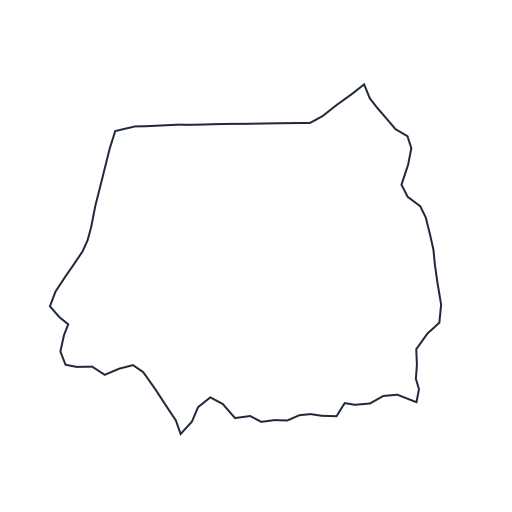 Belford Roxo, Rio de Janeiro, Brazil, rotated 191°
{"feature_id": "56859067B85088226516355", "entity_name": "Belford Roxo", "entity_type": "district", "adm_level": 2, "iso_a3": "BRA", "parent_name": "Brazil", "parent_adm1": "Rio de Janeiro", "projection": "robinson", "projection_center": [-43.378, -22.731], "detail": "fine", "context": "isolated", "style": "outline", "palette": "slate", "viewbox_px": 512, "rotation_deg": 191, "n_neighbors": 0, "source": "geoboundaries", "source_scale": "gbopen_adm2", "svg_char_len": 1163}
<svg xmlns="http://www.w3.org/2000/svg" viewBox="0 0 512 512"><g transform="rotate(191 256 256)"><path d="M418.0,351.8L420.1,333.8L421.8,301.3L423.3,274.5L423.3,253.8L424.3,239.4L427.1,227.5L433.2,213.1L439.0,199.9L446.0,182.9L448.7,167.3L437.4,158.5L427.3,153.1L429.4,141.7L429.8,124.9L422.2,112.9L411.1,112.9L395.7,116.1L381.8,110.5L368.8,119.3L355.9,125.4L344.6,120.5L329.0,105.6L313.7,89.8L303.3,79.3L296.0,66.9L287.3,81.2L284.0,96.6L273.9,108.5L260.4,104.4L245.7,92.9L231.2,97.8L219.2,94.2L206.3,98.5L193.9,100.5L183.0,108.0L172.3,111.2L160.9,111.7L146.4,114.1L140.9,128.5L130.6,128.8L116.1,132.9L104.3,142.9L90.8,146.8L70.6,143.1L70.6,156.3L75.7,166.1L77.2,179.5L80.9,195.1L72.9,212.6L63.3,225.5L65.0,243.6L73.0,265.0L78.8,281.8L83.1,296.2L89.2,310.1L96.7,326.2L104.3,336.2L118.4,343.0L126.8,353.7L124.1,374.5L124.1,391.5L130.2,402.5L143.2,407.1L154.0,415.7L165.1,424.4L174.4,432.5L182.6,445.1L192.9,433.2L205.3,420.0L217.5,405.9L228.4,396.9L240.8,394.4L254.9,391.5L271.1,388.1L291.6,383.7L304.0,381.3L319.1,378.1L333.2,374.9L346.7,372.0L357.4,370.1L373.2,366.2L388.3,362.5L399.5,360.1L418.0,351.8Z" fill="none" stroke="#1e293b" stroke-width="2"/></g></svg>